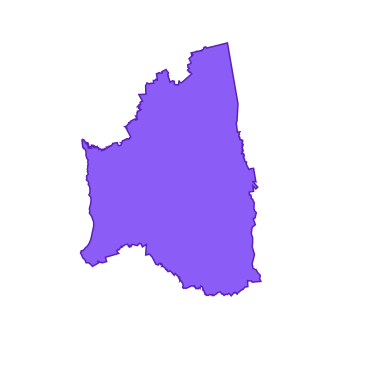 the district of Tararua District, Manawatu-Wanganui, New Zealand, rotated 138°
{"feature_id": "76426892B74237617683232", "entity_name": "Tararua District", "entity_type": "district", "adm_level": 2, "iso_a3": "NZL", "parent_name": "New Zealand", "parent_adm1": "Manawatu-Wanganui", "projection": "equal_earth", "projection_center": [176.211, -40.389], "detail": "fine", "context": "isolated", "style": "filled", "palette": "violet", "viewbox_px": 384, "rotation_deg": 138, "n_neighbors": 0, "source": "geoboundaries", "source_scale": "gbopen_adm2", "svg_char_len": 6120}
<svg xmlns="http://www.w3.org/2000/svg" viewBox="0 0 384 384"><g transform="rotate(138 192 192)"><path d="M239.2,304.0L243.1,298.6L243.5,296.8L242.9,296.2L242.9,294.8L244.1,292.5L246.2,290.3L247.7,287.2L247.7,285.6L249.7,283.6L250.8,281.8L252.1,281.3L252.4,280.6L254.8,278.7L255.3,277.3L256.2,277.1L256.6,275.5L257.3,274.7L259.7,274.5L260.3,273.8L260.3,273.2L261.4,272.1L262.2,271.9L262.4,270.4L262.1,269.5L262.5,268.2L263.3,267.3L263.9,267.3L264.6,264.4L267.1,260.9L268.9,259.5L270.6,258.8L270.7,256.1L272.1,253.8L275.3,251.0L278.6,248.9L279.9,247.8L280.2,246.6L282.1,245.3L282.6,244.2L282.5,243.6L283.1,240.3L284.3,237.9L284.6,236.5L285.5,235.2L287.7,232.6L297.7,225.3L300.3,223.7L301.9,223.2L302.1,222.8L305.9,221.8L308.0,221.9L311.3,221.4L314.0,222.3L314.1,221.7L315.6,221.4L316.3,218.6L317.2,216.3L317.0,212.7L318.1,210.4L316.7,209.0L315.9,207.8L315.7,204.8L315.8,203.3L308.7,201.8L308.2,204.3L307.9,202.6L307.4,202.0L307.1,200.9L306.4,200.5L306.3,199.5L302.0,197.4L300.0,201.4L287.6,195.4L287.5,198.6L285.6,198.8L285.4,198.1L284.9,197.9L282.2,198.5L280.8,197.9L280.7,198.7L280.2,198.1L276.2,197.3L274.8,196.2L275.2,195.2L275.3,194.3L275.0,194.2L275.5,194.0L275.3,192.9L274.4,193.1L274.0,192.3L273.5,192.8L272.7,192.6L272.5,193.0L271.3,193.1L268.9,189.2L268.1,188.7L265.5,189.0L264.5,187.4L265.6,184.4L261.0,183.5L268.6,176.2L266.8,175.0L265.7,175.1L265.6,174.4L265.0,173.3L265.2,172.5L265.1,170.3L267.2,162.4L265.8,160.2L264.4,160.8L263.2,160.2L263.7,159.4L263.4,159.4L263.3,158.9L262.6,158.9L263.0,157.5L264.4,156.9L263.4,156.1L263.0,154.9L262.9,153.6L263.3,152.2L262.7,151.4L263.1,151.4L263.1,148.8L260.9,147.9L260.9,142.2L260.5,142.5L259.7,142.0L259.1,142.5L258.8,138.8L259.0,138.5L258.4,137.5L259.1,137.2L259.0,136.9L259.2,137.1L259.6,136.1L259.0,135.9L260.2,134.5L260.0,134.2L260.3,134.0L260.0,134.0L260.1,133.7L259.5,132.7L259.9,132.3L260.0,130.4L261.1,128.4L262.7,127.6L262.8,126.1L261.3,125.2L260.8,124.3L255.1,122.5L253.6,120.9L253.7,120.6L253.0,120.5L253.4,119.9L253.6,118.2L253.3,118.1L253.6,117.5L253.2,117.4L252.1,115.9L251.0,116.1L250.3,115.6L250.4,115.1L248.5,116.3L247.7,114.6L248.4,113.4L248.3,113.1L249.4,112.1L249.2,111.8L249.6,111.3L249.2,110.2L250.0,109.0L250.1,107.9L250.7,107.7L250.6,106.5L250.0,106.4L250.2,105.4L249.3,104.5L248.0,104.1L246.8,103.1L245.6,102.6L246.2,101.5L245.4,101.2L245.0,100.3L244.2,100.5L242.0,99.9L241.3,100.2L238.5,99.4L237.7,98.8L238.1,96.4L237.8,95.8L237.2,95.6L237.4,93.7L235.0,93.3L234.5,92.3L232.3,91.8L232.3,88.6L227.7,89.1L227.6,88.3L226.8,88.2L226.8,85.9L224.9,86.3L219.8,86.0L219.6,85.5L216.2,85.9L213.8,84.3L210.0,89.0L209.3,87.9L207.3,86.2L207.6,84.7L200.6,79.5L199.7,82.4L197.4,84.0L197.0,84.8L197.1,88.6L196.3,91.1L197.9,94.5L197.0,95.4L195.5,98.3L187.4,103.7L183.9,111.0L180.9,113.7L177.5,117.5L175.7,121.6L170.9,125.5L166.8,125.3L164.4,131.1L162.5,130.5L158.0,133.7L158.1,135.9L157.0,138.3L152.7,142.7L152.6,144.3L151.7,146.0L152.4,147.7L151.1,148.8L150.7,149.7L150.3,150.7L151.3,151.4L149.6,153.7L145.7,151.3L142.7,155.9L142.6,151.6L139.9,151.6L139.8,158.8L138.4,157.9L137.8,156.7L130.4,168.4L132.6,170.0L134.6,170.6L133.2,176.0L132.2,177.0L132.2,177.8L132.7,177.9L131.5,177.9L132.2,179.7L131.0,181.1L131.0,182.6L130.1,183.1L130.3,183.7L129.0,183.9L128.4,184.9L128.5,185.2L128.1,185.6L128.3,186.4L129.0,186.4L129.6,186.9L129.4,187.5L127.3,188.0L127.6,188.7L126.4,188.7L126.6,189.1L126.0,189.2L126.1,190.2L125.4,190.4L125.5,190.9L125.2,190.9L125.1,191.5L123.6,192.1L123.7,192.6L123.3,192.4L123.0,193.1L122.8,192.7L122.2,193.0L122.1,193.8L122.3,194.0L122.1,195.1L121.2,195.2L120.1,196.0L120.4,196.7L120.0,196.9L120.4,197.6L120.5,198.2L121.2,198.4L121.4,198.9L119.9,200.7L120.3,201.4L119.8,201.7L119.8,202.3L118.9,203.0L118.3,203.0L118.2,203.6L117.6,204.2L116.2,204.7L118.2,206.1L112.6,214.1L111.3,214.4L98.8,226.8L65.9,279.1L84.9,289.2L84.6,290.3L84.9,290.9L86.5,291.4L88.2,290.4L90.5,291.1L90.7,290.7L91.4,291.5L93.0,292.0L93.3,292.7L93.9,292.8L94.6,293.7L95.3,293.5L99.5,296.0L100.5,294.2L99.5,293.9L99.5,293.2L105.0,293.1L106.1,289.0L106.8,288.2L110.0,289.4L111.6,287.5L111.3,285.6L113.8,285.6L113.8,282.4L113.1,282.4L113.1,280.0L126.6,280.2L127.3,281.1L127.6,282.6L126.9,283.6L130.4,280.7L132.9,283.3L132.7,284.2L131.9,285.0L131.2,286.4L131.8,286.6L131.8,287.3L132.2,287.8L132.7,287.7L132.7,287.4L133.6,288.2L134.9,288.3L132.9,292.2L132.7,293.5L131.7,293.9L131.6,295.5L129.9,296.1L129.6,296.7L129.8,297.9L129.3,300.4L133.8,301.6L134.5,300.4L136.1,301.8L136.4,302.6L137.3,303.0L137.7,302.6L139.3,303.7L142.8,298.3L143.1,298.5L142.9,299.6L143.1,299.8L143.5,299.4L144.0,299.8L144.8,299.7L146.1,300.7L147.7,298.5L150.6,300.9L151.4,300.8L152.5,303.2L155.5,301.9L160.8,295.5L166.3,300.0L168.1,292.6L169.9,293.4L170.7,293.3L171.8,291.4L172.8,292.2L175.1,291.9L174.2,291.4L175.7,290.3L175.5,289.7L175.0,289.7L175.5,289.4L175.5,288.6L174.7,287.5L176.0,287.3L177.9,288.4L179.0,287.8L179.4,288.1L182.7,284.7L183.1,285.8L184.1,282.6L185.6,283.1L185.3,284.3L189.9,285.7L190.7,285.1L192.5,285.8L192.7,284.7L193.8,285.2L196.6,284.8L198.2,285.5L197.6,283.1L198.3,283.3L200.7,273.9L202.1,274.0L202.8,273.3L203.3,273.4L203.7,273.6L203.9,274.6L204.6,275.1L205.9,275.4L206.0,274.9L207.0,275.9L208.6,276.0L209.3,276.6L211.1,275.5L211.7,276.0L211.5,275.4L213.7,274.4L215.3,275.3L215.7,275.9L214.5,278.7L218.5,281.2L219.1,280.6L219.9,280.7L220.6,280.2L221.8,281.2L222.4,280.7L223.3,281.1L223.4,281.5L224.0,281.2L224.7,282.1L225.6,281.6L225.8,282.5L226.5,281.8L227.5,281.9L228.0,282.6L228.7,281.9L229.9,282.5L229.3,282.9L229.4,283.3L231.3,283.2L230.7,284.1L231.3,284.5L231.3,285.4L232.0,286.0L232.8,286.0L232.5,286.7L231.8,287.0L232.1,288.2L232.8,288.4L232.0,289.3L233.3,289.8L234.3,289.7L235.0,290.5L234.8,290.9L234.0,290.4L233.5,290.7L234.0,292.6L234.7,293.3L234.6,292.4L235.3,292.8L234.9,293.5L235.3,294.0L235.8,293.2L236.7,293.6L236.6,292.4L237.0,291.9L237.2,292.5L238.2,292.4L239.4,293.7L237.7,294.2L237.8,294.8L239.0,295.1L237.7,296.2L238.1,297.3L237.6,297.5L236.9,297.1L236.5,298.1L236.7,298.6L238.1,298.8L238.3,299.1L237.5,299.9L238.1,301.5L237.3,302.4L237.8,302.9L237.8,304.0L238.3,304.5L239.2,304.0Z" fill="#8b5cf6" stroke="#5b21b6" stroke-width="1.5"/></g></svg>